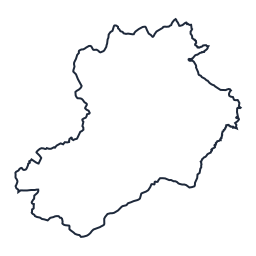 Inza, Cauca, Colombia
{"feature_id": "7082276B42793488331490", "entity_name": "Inza", "entity_type": "district", "adm_level": 2, "iso_a3": "COL", "parent_name": "Colombia", "parent_adm1": "Cauca", "projection": "mercator", "projection_center": [-76.088, 2.499], "detail": "fine", "context": "isolated", "style": "outline", "palette": "slate", "viewbox_px": 256, "rotation_deg": 0, "n_neighbors": 0, "source": "geoboundaries", "source_scale": "gbopen_adm2", "svg_char_len": 5750}
<svg xmlns="http://www.w3.org/2000/svg" viewBox="0 0 256 256"><path d="M236.8,128.4L236.6,127.7L235.9,127.2L236.4,124.9L235.1,123.0L237.5,121.3L238.9,119.5L238.7,118.5L238.4,118.1L236.8,118.1L236.2,117.7L236.6,117.0L237.7,116.7L237.9,116.5L237.0,112.1L237.2,108.4L237.7,107.9L240.1,108.1L240.6,107.7L239.2,106.6L238.9,106.1L239.4,103.0L237.8,100.1L237.5,100.0L236.0,100.2L234.4,100.0L233.9,99.6L233.0,97.1L230.6,96.6L229.4,95.9L229.0,94.8L229.1,93.3L230.3,90.9L230.9,90.5L230.0,89.3L228.7,89.0L226.7,89.6L225.8,90.1L220.5,89.9L215.1,86.4L214.0,85.3L212.5,84.8L211.3,84.2L209.5,82.9L207.7,80.7L206.5,80.3L204.7,78.6L201.8,77.1L200.9,75.8L198.9,74.9L198.5,74.2L198.1,72.1L196.0,67.4L196.2,66.2L195.9,65.2L193.8,61.7L192.3,60.6L190.0,60.8L189.3,60.6L188.6,59.8L188.6,59.3L189.1,58.9L191.0,59.1L191.6,58.7L192.4,58.6L195.2,55.3L196.4,54.8L197.4,54.7L200.0,52.9L201.8,52.5L201.9,52.1L204.1,52.0L204.4,51.5L204.4,51.0L205.7,50.2L207.0,49.1L207.6,48.2L207.6,47.5L208.4,46.2L206.8,46.0L206.1,45.2L204.1,45.3L203.0,45.5L202.7,46.0L201.6,46.8L201.1,46.7L199.4,47.6L199.1,47.6L198.8,47.3L198.3,47.6L197.6,47.5L197.4,46.8L196.9,46.5L196.6,45.8L195.3,45.2L195.1,44.7L195.2,44.0L196.2,42.9L195.9,40.8L194.8,40.3L194.8,39.7L193.9,39.4L192.2,38.1L192.1,36.1L191.2,34.4L190.6,33.8L190.6,31.5L191.4,30.5L192.1,29.1L191.6,28.6L191.1,24.8L189.4,24.9L188.0,23.9L187.1,24.2L186.7,23.8L186.6,22.7L186.2,22.5L184.8,23.2L182.5,25.1L180.2,25.8L179.3,25.8L177.8,22.5L176.6,21.0L176.2,19.7L175.6,19.1L174.2,20.1L172.5,22.2L171.7,23.6L171.2,25.1L169.9,25.7L168.8,26.6L166.0,26.8L165.1,26.6L163.3,26.9L162.6,27.9L156.5,31.5L154.7,34.0L153.7,36.0L153.1,36.7L152.5,36.8L150.9,35.0L148.7,33.6L147.0,30.2L146.0,27.7L145.4,26.8L144.4,26.7L142.6,27.0L138.9,29.0L135.5,31.5L134.4,32.9L133.8,34.2L132.6,34.3L128.1,33.6L126.0,33.9L123.6,33.3L122.6,31.9L120.7,31.3L120.1,30.8L119.3,29.3L118.1,28.4L118.0,26.8L116.3,25.6L114.9,25.4L114.3,25.6L113.9,26.2L112.5,30.8L110.4,32.1L108.7,34.5L108.4,37.7L107.6,39.5L107.1,43.7L106.6,45.0L106.3,46.8L104.2,50.5L103.1,51.3L100.6,52.3L100.2,52.3L99.5,52.0L98.4,50.8L96.6,49.7L93.8,49.9L93.0,49.5L91.3,46.4L90.2,45.9L88.9,46.0L86.1,47.6L84.6,48.7L83.1,49.4L81.9,49.4L80.6,49.8L79.1,50.7L78.8,51.6L78.9,53.0L77.2,54.9L76.0,58.8L74.2,62.4L74.0,64.0L74.5,66.6L73.4,70.2L73.3,71.6L76.0,74.3L77.9,79.1L81.6,85.9L81.3,86.9L80.5,88.1L79.0,89.5L76.6,90.9L75.4,92.0L75.7,95.6L76.6,97.2L77.5,98.2L80.3,98.4L81.6,98.8L82.7,99.8L84.5,102.3L85.9,103.1L86.8,104.0L86.8,104.9L85.2,107.7L85.2,108.4L86.5,109.7L88.6,110.7L89.7,112.9L89.3,113.6L87.0,114.3L86.6,116.2L85.7,117.7L83.9,118.4L82.4,119.4L82.3,119.7L82.6,120.8L83.4,121.8L82.4,126.1L83.3,127.5L83.4,129.7L81.8,131.1L80.3,131.8L77.4,137.9L76.8,138.8L74.4,139.4L73.3,140.1L72.0,139.2L71.7,137.8L71.2,137.6L69.4,139.1L69.3,140.3L69.0,140.9L69.2,141.7L69.1,142.0L67.4,142.4L64.8,142.2L63.1,144.3L60.7,143.4L60.2,143.6L56.6,145.6L54.9,147.7L54.1,147.2L51.2,148.7L50.5,148.8L49.0,148.8L46.8,148.1L46.4,148.7L45.2,149.0L43.4,148.4L41.5,148.2L39.8,148.9L38.1,150.3L36.7,151.7L36.5,152.5L39.5,155.5L41.2,157.8L41.2,158.1L38.6,163.5L38.2,163.5L36.1,162.5L31.5,159.4L30.7,160.6L29.3,161.2L29.2,161.7L29.8,162.7L29.3,163.2L28.2,163.7L28.0,165.3L26.6,168.5L25.9,169.4L24.7,169.9L23.5,169.9L22.7,169.3L21.9,168.1L21.2,167.9L19.6,168.8L18.5,170.5L16.1,171.8L15.4,172.8L15.6,174.6L15.5,177.1L15.7,177.9L16.8,179.4L17.4,181.0L17.4,181.9L16.4,184.7L15.6,186.1L16.4,188.3L18.4,189.8L18.3,192.1L20.6,190.4L26.8,190.5L31.1,190.0L34.8,190.0L36.8,189.6L38.2,189.6L38.3,190.9L38.0,191.9L37.3,193.0L34.3,195.6L34.1,198.7L33.0,200.0L31.8,202.0L31.7,202.6L32.0,203.2L32.7,203.8L33.9,204.1L33.7,205.7L33.7,208.2L33.4,208.7L32.1,209.4L32.0,212.0L31.7,212.5L31.9,213.0L32.6,213.8L34.3,214.8L35.0,216.1L37.0,217.0L40.0,217.6L42.0,219.0L44.0,219.3L47.7,220.4L50.3,217.8L53.4,217.1L54.9,216.4L56.4,216.1L58.2,216.1L58.9,216.4L59.9,217.7L61.1,217.8L62.0,218.7L62.6,221.4L62.4,223.5L63.0,224.1L64.0,224.8L65.3,225.2L69.1,225.6L69.5,226.2L69.4,229.1L70.2,230.0L73.6,232.5L75.1,233.9L77.3,234.7L79.5,235.1L81.0,236.9L83.6,236.6L86.8,235.7L88.5,234.7L90.3,233.1L91.8,231.1L93.5,229.5L100.0,227.1L100.6,226.7L103.1,225.4L104.1,224.6L104.3,223.6L104.2,218.8L105.1,217.0L107.5,214.0L110.1,213.3L112.4,213.2L114.1,212.8L118.0,210.5L121.7,206.7L122.7,206.1L126.1,205.3L127.0,204.6L127.7,203.5L128.4,203.1L130.6,202.4L133.7,201.1L137.7,200.0L139.5,199.0L140.0,198.3L141.3,193.6L142.1,193.1L146.0,191.6L148.2,190.2L150.3,187.0L151.4,184.3L151.9,184.1L154.3,184.4L154.6,184.0L154.6,182.2L154.9,181.8L155.2,181.6L156.5,181.9L157.6,181.8L158.7,179.8L160.1,178.2L162.7,178.2L165.1,178.4L169.2,180.1L171.0,180.0L173.7,181.3L175.0,181.2L175.9,181.5L177.1,182.1L178.4,183.4L179.6,183.9L182.0,184.5L184.3,184.5L186.2,185.1L189.4,187.5L192.0,187.1L194.4,186.3L194.9,185.1L195.0,182.8L197.2,178.0L197.5,174.5L199.6,172.9L200.4,168.5L201.2,167.5L201.2,165.2L201.5,164.5L201.2,163.7L201.4,163.1L200.7,161.6L201.6,160.8L202.1,159.2L202.8,158.7L204.0,157.4L205.5,156.8L206.8,155.3L207.2,154.5L208.3,153.7L210.7,152.6L210.9,152.2L211.0,151.3L211.8,150.8L212.0,150.4L212.0,150.0L211.5,149.5L212.4,148.6L213.3,148.3L214.9,147.3L214.8,146.4L215.2,145.8L214.5,145.2L214.8,144.7L215.7,144.5L216.1,143.8L215.9,142.9L217.1,141.8L217.3,141.2L219.0,140.9L219.7,140.2L220.6,140.2L220.3,139.1L220.9,138.1L221.4,138.3L221.6,138.0L221.5,137.1L221.8,136.7L221.8,136.0L222.1,135.5L221.9,135.0L222.2,134.6L222.0,133.8L222.6,131.5L223.2,131.4L223.8,130.5L223.8,129.9L224.6,129.6L224.9,128.9L225.3,128.6L225.3,127.8L226.2,126.7L226.0,126.1L226.5,125.6L226.4,125.2L227.8,124.9L228.7,124.9L229.3,125.9L230.0,126.0L230.4,126.6L230.9,126.4L231.6,126.8L233.0,126.6L233.4,126.9L233.2,127.7L234.7,127.6L235.3,128.0L235.6,127.8L236.8,128.4Z" fill="none" stroke="#1e293b" stroke-width="2"/></svg>